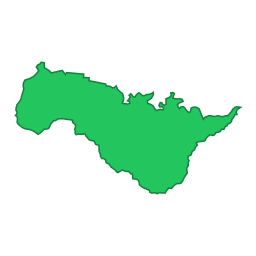 the district of Tangará, Santa Catarina, Brazil
{"feature_id": "56859067B14678126982522", "entity_name": "Tangará", "entity_type": "district", "adm_level": 2, "iso_a3": "BRA", "parent_name": "Brazil", "parent_adm1": "Santa Catarina", "projection": "robinson", "projection_center": [-51.129, -27.151], "detail": "fine", "context": "isolated", "style": "filled", "palette": "green", "viewbox_px": 256, "rotation_deg": 0, "n_neighbors": 0, "source": "geoboundaries", "source_scale": "gbopen_adm2", "svg_char_len": 3586}
<svg xmlns="http://www.w3.org/2000/svg" viewBox="0 0 256 256"><path d="M182.6,181.1L184.1,177.8L185.7,175.2L187.3,173.0L187.0,171.0L186.6,168.5L188.3,165.5L188.3,162.8L189.0,160.6L187.9,159.1L188.1,156.3L191.1,154.9L192.2,151.4L194.6,149.8L195.3,147.4L197.3,145.1L196.2,142.7L198.4,141.8L201.4,141.4L203.2,141.3L205.1,140.6L206.2,138.3L208.0,136.3L210.1,134.8L212.2,135.3L213.8,135.3L215.0,134.0L216.0,132.5L218.5,132.3L220.2,131.4L221.6,129.2L224.0,129.3L225.1,126.5L227.0,125.9L228.1,123.9L230.1,123.0L231.3,121.7L232.1,119.3L233.6,117.3L234.9,114.8L237.0,114.4L236.2,112.1L236.9,110.2L238.3,108.9L240.6,107.3L236.9,106.8L234.9,107.4L232.8,109.2L231.4,111.7L229.6,113.7L227.9,115.6L225.0,115.9L223.1,116.6L220.8,116.5L217.8,115.7L215.5,116.4L213.4,116.4L211.1,115.8L209.2,115.7L207.4,116.3L204.9,117.3L203.3,119.3L200.5,112.3L199.1,108.8L196.7,107.4L194.9,107.1L193.2,107.2L191.1,108.1L190.8,109.9L190.3,111.8L188.6,112.5L187.3,111.2L185.6,109.4L184.5,107.4L182.6,106.5L180.8,107.0L179.4,108.6L178.1,106.9L177.4,104.9L178.8,103.2L181.1,102.3L183.2,101.3L181.9,99.2L179.8,98.7L177.8,99.0L175.4,98.8L172.9,98.3L173.7,95.5L174.4,93.5L172.9,92.6L170.9,92.7L171.1,95.7L169.3,97.4L165.9,98.8L166.0,101.1L166.1,104.2L164.4,105.3L162.6,104.4L161.8,102.7L160.2,102.6L158.9,105.6L160.0,107.1L162.0,106.6L163.6,107.9L163.0,110.0L161.0,109.4L158.6,109.7L156.6,110.5L155.2,109.3L153.9,107.4L152.7,105.5L150.6,104.3L147.6,103.4L147.4,100.6L149.6,99.5L151.3,98.3L152.4,96.6L153.4,94.4L153.3,92.4L151.2,93.7L148.6,94.5L146.3,94.5L144.6,95.7L142.4,95.7L140.6,93.9L138.8,92.7L136.2,94.9L134.9,97.2L133.2,96.7L132.2,95.3L130.8,93.7L129.1,95.3L130.3,97.0L128.9,99.0L127.5,100.9L129.5,101.4L129.8,103.3L127.4,104.2L125.5,103.5L123.8,103.8L122.3,103.0L123.3,101.0L123.7,98.3L123.2,95.7L122.5,93.6L120.9,92.4L119.0,90.6L117.5,89.3L116.9,87.6L116.1,85.9L114.4,87.6L112.4,87.9L110.5,86.5L108.4,86.1L106.5,86.1L105.6,84.0L89.0,80.7L89.1,77.7L83.5,77.5L83.7,74.1L66.5,72.6L65.2,74.4L63.9,72.6L62.4,70.5L60.2,70.9L58.6,71.2L56.4,71.9L54.3,72.1L52.6,72.8L50.9,72.6L49.6,71.0L48.1,70.0L46.4,68.9L44.4,67.8L44.2,62.7L41.1,62.3L40.1,63.8L37.7,65.0L36.3,67.1L38.7,70.5L37.4,72.5L35.0,75.1L33.2,76.7L31.2,77.6L29.7,78.7L27.0,79.4L24.8,80.2L23.4,83.1L23.2,86.2L23.8,88.9L23.1,91.4L22.1,94.5L21.5,96.7L21.0,99.2L19.2,102.0L17.0,104.7L16.1,108.0L16.0,110.4L17.1,112.1L16.7,114.0L15.4,115.4L17.4,117.1L17.4,119.7L17.1,122.4L18.3,124.3L19.9,125.6L21.8,127.1L24.5,128.6L26.8,129.1L29.1,129.4L32.2,130.4L34.4,131.7L36.2,133.0L38.1,134.4L40.5,132.7L42.4,131.1L44.1,129.3L46.7,129.0L48.6,128.5L49.7,126.5L50.4,124.6L51.9,122.7L53.6,120.8L55.7,120.5L57.5,119.2L59.5,118.7L61.2,118.8L63.9,118.8L66.9,119.4L69.4,119.6L72.5,120.2L72.5,122.2L74.5,124.0L75.7,125.4L75.4,127.5L74.6,129.5L75.4,131.3L75.0,133.2L76.1,134.7L78.8,134.1L81.2,134.4L83.2,134.2L84.8,133.5L85.9,136.0L87.5,137.8L88.9,139.6L90.7,140.5L93.7,140.7L94.8,142.6L95.7,144.4L98.6,145.2L99.1,147.1L99.0,149.4L99.2,151.7L100.3,153.9L100.5,156.4L101.9,158.5L103.6,158.6L105.3,159.5L106.2,162.8L109.1,164.1L111.0,167.0L113.9,169.1L115.3,170.1L116.4,171.8L117.9,172.6L120.0,171.3L122.4,169.9L124.2,170.9L126.7,171.5L129.0,171.6L130.6,173.7L132.5,174.3L132.6,176.2L132.7,178.7L134.4,179.0L136.1,179.1L137.9,179.8L138.9,181.5L139.5,184.9L141.0,186.1L142.5,187.3L145.3,188.7L147.9,189.6L149.5,190.6L149.9,192.4L151.9,193.1L154.6,192.7L157.4,193.7L159.5,192.5L161.7,193.0L163.4,192.9L165.2,193.1L166.3,191.1L167.6,189.4L168.7,188.0L171.6,188.5L173.6,185.9L175.5,184.4L177.2,183.6L179.2,183.6L181.0,183.1L182.6,181.1Z" fill="#22c55e" stroke="#15803d" stroke-width="1.5"/></svg>